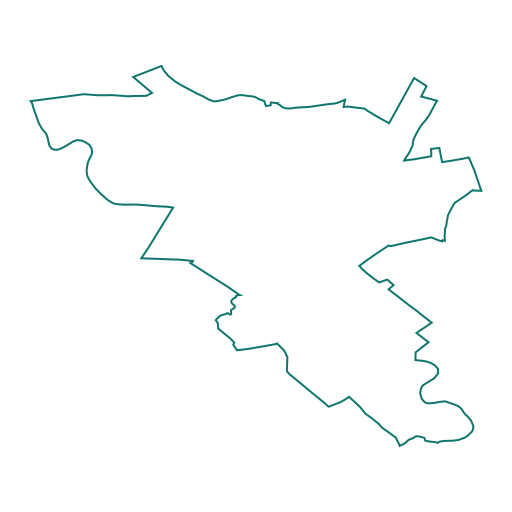 the district of Sabile, Talsi, Latvia
{"feature_id": "27541924B84757460487549", "entity_name": "Sabile", "entity_type": "district", "adm_level": 2, "iso_a3": "LVA", "parent_name": "Latvia", "parent_adm1": "Talsi", "projection": "robinson", "projection_center": [22.575, 57.045], "detail": "fine", "context": "isolated", "style": "outline", "palette": "teal", "viewbox_px": 512, "rotation_deg": 0, "n_neighbors": 0, "source": "geoboundaries", "source_scale": "gbopen_adm2", "svg_char_len": 5542}
<svg xmlns="http://www.w3.org/2000/svg" viewBox="0 0 512 512"><path d="M239.5,294.8L239.9,295.0L237.8,295.2L236.2,295.9L236.0,296.1L235.9,296.4L235.9,296.7L236.0,297.1L233.7,298.4L232.1,299.6L231.1,301.8L231.9,303.2L234.6,305.8L234.9,306.3L234.7,307.7L231.2,310.0L231.0,311.2L231.2,314.2L230.5,314.6L229.4,314.3L228.0,313.2L227.2,313.2L226.1,313.9L223.1,314.7L221.8,315.0L219.3,316.4L215.7,320.2L217.7,322.8L217.8,323.3L217.8,324.1L218.2,328.6L230.2,338.4L234.2,342.6L233.3,344.8L237.0,350.2L242.8,349.6L249.5,348.7L270.8,345.0L273.9,344.4L277.1,343.8L277.2,343.6L277.8,344.3L278.9,345.3L281.5,347.9L283.7,350.1L285.1,352.3L286.1,354.5L286.5,355.4L287.4,357.0L286.9,369.4L286.9,371.1L287.1,371.4L287.3,371.7L288.4,372.9L289.4,374.1L290.5,375.0L291.6,375.9L301.9,384.4L312.1,392.9L318.2,397.9L324.3,402.8L326.4,404.8L328.5,406.7L331.1,405.8L340.8,402.0L342.7,400.9L345.6,399.2L349.0,396.8L352.6,400.1L356.2,403.4L359.7,406.6L365.5,413.7L368.8,416.1L371.9,418.4L375.7,421.4L378.9,424.0L381.8,427.5L385.8,430.3L395.6,437.4L398.7,443.4L399.7,445.9L404.6,443.5L408.6,439.9L413.9,437.8L414.9,436.6L417.7,436.2L423.9,437.6L424.1,437.8L424.3,437.9L424.4,438.0L424.5,438.3L424.6,438.5L424.8,439.0L425.0,439.7L425.1,440.5L425.9,440.9L431.0,441.7L431.6,441.8L433.2,441.9L436.5,442.4L437.6,442.9L439.5,441.7L441.9,441.2L445.5,440.9L452.7,440.7L458.2,440.0L461.2,439.0L465.3,437.4L467.6,435.7L469.8,433.7L471.7,431.9L472.7,430.0L473.4,427.2L473.1,425.4L472.2,423.3L471.1,420.7L469.4,418.7L467.6,416.4L465.3,414.5L463.4,412.0L462.0,409.5L459.8,407.3L456.9,405.5L453.5,404.2L448.5,402.5L446.9,401.9L445.3,401.4L444.2,401.4L442.3,401.6L439.2,402.0L434.6,402.9L431.4,403.2L428.0,403.3L425.5,402.7L423.5,401.0L423.0,400.3L421.9,399.2L420.5,394.7L420.2,392.9L420.6,390.6L421.1,388.4L421.9,386.6L422.9,385.4L425.0,384.0L430.0,380.9L433.3,378.9L434.7,377.8L435.5,376.7L436.6,375.4L438.2,373.2L437.9,368.7L435.8,366.3L434.3,365.0L432.5,364.0L430.2,362.7L426.8,361.6L423.3,360.9L419.1,360.5L415.4,360.0L415.4,359.1L415.5,357.8L415.6,352.4L428.5,342.2L416.5,333.0L417.6,332.2L431.7,322.7L426.7,318.8L422.9,315.9L417.0,311.1L414.5,309.2L410.2,306.1L399.3,297.6L391.9,291.9L388.6,289.3L393.6,285.1L387.3,279.6L379.1,282.4L374.2,278.9L367.5,273.8L364.8,271.4L362.1,269.0L359.3,265.9L368.5,259.1L375.4,254.3L388.5,245.6L390.8,246.1L395.5,245.1L402.2,243.5L409.8,241.9L420.6,239.7L431.4,237.4L435.7,239.2L440.1,240.9L440.8,241.0L441.6,241.1L442.3,241.4L442.8,240.2L444.8,240.9L444.7,235.6L444.7,234.3L444.9,231.7L445.0,228.7L446.3,225.7L446.6,223.0L446.8,221.8L446.8,221.0L447.4,219.3L447.4,219.1L447.4,218.5L447.6,217.4L447.8,216.0L448.2,214.8L448.9,213.5L449.9,211.4L452.0,207.5L453.3,205.1L453.9,203.9L454.6,203.1L455.2,202.6L456.6,201.6L458.9,200.1L459.4,199.7L460.0,199.3L460.5,199.0L464.1,196.6L472.7,190.1L473.0,190.5L481.3,190.8L474.1,169.8L469.5,159.0L468.7,157.4L461.6,159.0L460.7,159.1L455.5,160.0L449.7,161.0L442.1,162.1L440.8,155.6L439.3,147.9L436.3,148.3L433.9,148.6L431.1,148.9L431.3,156.2L431.1,156.3L429.4,156.6L428.3,156.8L426.1,157.2L423.7,157.6L421.4,158.0L418.9,158.4L416.5,158.9L414.2,159.3L412.5,159.5L410.7,159.7L409.1,159.9L405.2,160.4L404.2,160.6L404.6,159.7L405.4,158.3L408.3,154.1L409.0,153.1L410.3,150.6L411.2,148.2L412.4,146.3L413.0,142.0L413.6,139.5L414.9,136.5L416.9,132.6L418.3,130.2L419.1,128.8L420.6,126.3L422.8,123.4L425.6,120.2L429.3,115.0L433.5,107.1L435.8,102.8L437.1,100.8L436.1,100.5L421.2,96.5L426.1,86.9L426.5,86.0L414.1,78.1L413.6,78.9L389.1,123.2L378.3,117.3L368.3,111.3L364.4,108.6L348.0,106.6L343.6,107.0L344.2,103.8L344.9,100.5L345.0,100.1L345.1,99.7L343.5,100.3L340.5,101.7L337.2,102.9L334.1,103.6L329.8,104.0L325.1,104.6L314.2,106.2L308.4,107.0L296.0,107.6L293.5,108.0L291.9,108.3L288.1,108.5L286.3,108.4L283.6,107.6L281.8,106.7L280.5,105.5L279.2,104.7L276.9,103.4L277.2,103.1L274.0,102.8L270.8,102.5L270.8,103.9L270.7,105.3L268.3,105.7L266.0,106.1L265.1,103.7L264.2,101.3L264.3,101.1L262.8,100.5L261.3,99.9L260.0,99.5L258.7,99.1L257.6,98.4L256.5,97.7L255.8,97.4L255.2,97.1L254.3,96.8L253.4,96.5L252.2,96.4L251.0,96.2L249.5,96.1L248.0,96.0L245.5,95.6L243.0,95.2L241.5,95.2L240.1,95.1L237.7,95.4L235.6,96.0L233.5,96.6L231.3,97.3L229.2,98.1L227.3,98.7L225.4,99.3L223.9,99.7L222.3,100.1L220.1,100.5L217.8,101.0L215.8,101.3L214.8,101.4L213.8,101.3L211.7,100.7L208.4,99.4L203.2,96.4L199.0,94.5L197.9,94.0L196.8,93.5L191.3,90.5L185.8,87.6L183.5,86.4L181.2,85.2L178.1,83.3L175.0,81.4L171.5,78.5L168.1,75.7L166.4,73.6L164.7,71.6L163.3,69.6L162.4,68.0L162.1,67.0L161.8,66.1L161.4,66.1L160.9,66.2L147.1,71.6L133.2,77.0L140.2,82.9L147.1,88.8L149.5,90.8L152.0,92.9L146.1,95.9L141.1,95.9L134.1,96.0L131.5,96.1L129.0,96.3L127.1,96.2L125.1,96.1L122.0,95.8L118.7,95.6L111.6,95.1L102.9,95.3L96.6,95.2L83.9,94.2L60.8,97.2L34.8,100.6L30.7,101.1L32.1,103.3L33.8,109.2L37.4,119.2L38.8,123.2L41.9,128.6L46.4,134.1L47.8,138.5L49.2,145.2L51.5,148.5L53.8,149.6L57.2,149.8L60.8,148.6L65.7,146.1L72.9,141.6L76.9,140.1L81.6,140.6L85.3,142.1L89.1,144.6L91.3,147.8L92.3,151.9L91.2,155.7L89.0,159.5L87.6,163.6L86.6,170.0L87.0,174.8L88.0,177.5L90.8,182.3L95.8,188.8L101.1,194.1L107.1,199.5L111.2,202.2L114.4,203.7L117.4,204.2L124.3,204.7L134.8,204.5L143.0,205.0L156.1,206.2L166.2,206.7L172.5,207.4L173.1,207.6L172.1,209.3L171.9,209.6L161.9,225.8L161.3,226.8L148.3,247.9L148.2,248.0L141.3,258.3L155.7,258.8L171.3,259.4L178.7,259.6L186.3,260.3L190.7,260.8L192.9,260.9L192.4,262.0L190.4,263.1L205.8,272.9L212.9,277.4L225.5,285.4L226.7,286.1L233.9,291.1L236.4,292.8L238.8,294.5L239.2,294.6L239.5,294.8Z" fill="none" stroke="#0f766e" stroke-width="2"/></svg>